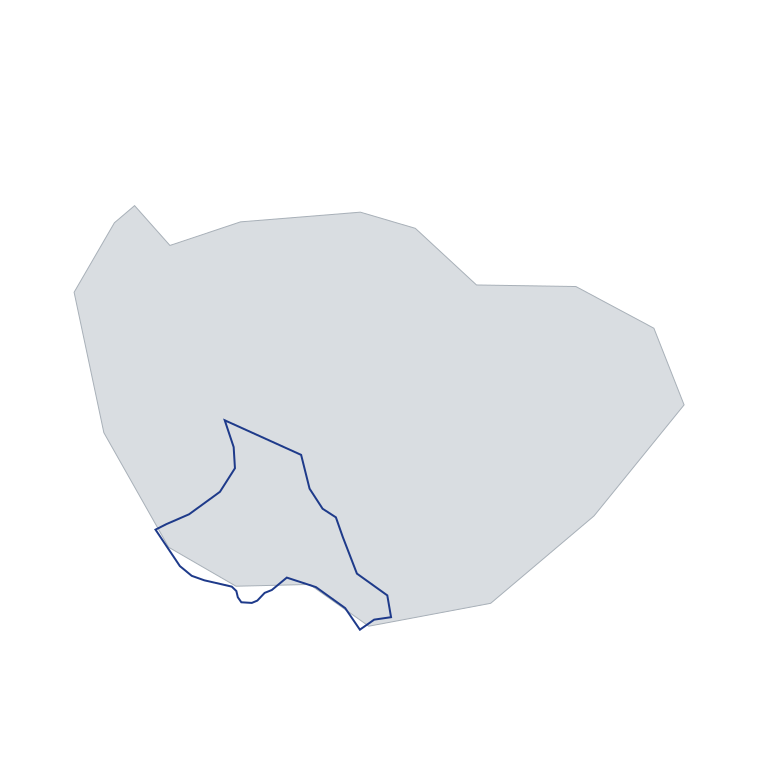 Grand Port highlighted on a map of Mauritius, rotated 74°
{"feature_id": "MUS-5185", "entity_name": "Grand Port", "entity_type": "District", "adm_level": 1, "iso_a3": "MUS", "parent_name": "Mauritius", "parent_adm1": "", "projection": "albers", "projection_center": [57.689, -20.397], "detail": "fine", "context": "in_parent", "style": "outline", "palette": "blue", "viewbox_px": 768, "rotation_deg": 74, "n_neighbors": 0, "source": "natural_earth", "source_scale": "10m", "svg_char_len": 839}
<svg xmlns="http://www.w3.org/2000/svg" viewBox="0 0 768 768"><g transform="rotate(74 384 384)"><path d="M481.6,636.0L353.6,666.7L210.4,656.6L154.7,598.7L143.8,574.6L191.8,551.6L188.6,477.2L212.3,359.4L243.0,311.0L314.3,267.8L343.2,172.7L404.8,109.2L486.8,101.3L568.7,218.5L624.2,341.9L612.6,465.4L556.2,510.7L537.6,582.0L481.6,636.0Z" fill="#d9dde1" stroke="#a8b0b8" stroke-width="1"/><path d="M610.1,441.5L607.8,458.4L613.5,474.9L588.7,483.1L560.5,505.4L543.3,530.8L551.1,548.6L551.9,556.3L557.3,565.5L558.0,571.4L554.5,581.3L548.7,583.3L542.3,583.0L536.8,586.2L523.2,610.8L515.4,621.7L502.8,630.4L461.0,643.8L458.7,631.7L455.5,607.3L442.4,571.4L423.9,550.5L403.2,545.9L375.0,547.1L429.3,483.2L464.1,484.4L487.0,477.4L498.9,467.0L519.6,465.8L558.8,462.3L588.1,439.1L610.1,441.5Z" fill="none" stroke="#1e3a8a" stroke-width="2"/></g></svg>